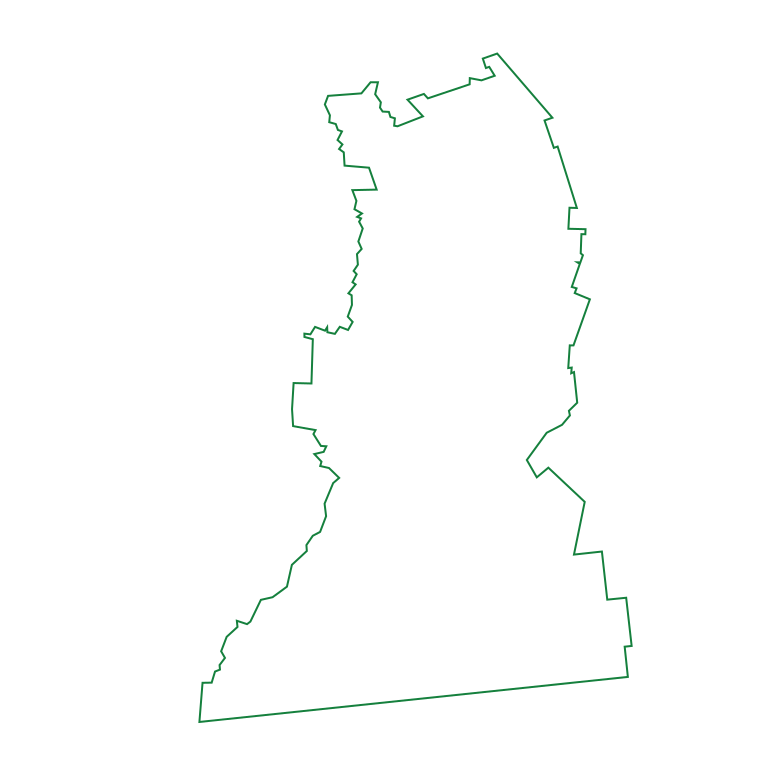 Brewarrina, New South Wales, Australia (Natural Earth projection), rotated 174°
{"feature_id": "25037944B28138275471855", "entity_name": "Brewarrina", "entity_type": "district", "adm_level": 2, "iso_a3": "AUS", "parent_name": "Australia", "parent_adm1": "New South Wales", "projection": "natural_earth1", "projection_center": [147.252, -29.95], "detail": "medium", "context": "isolated", "style": "outline", "palette": "green", "viewbox_px": 768, "rotation_deg": 174, "n_neighbors": 0, "source": "geoboundaries", "source_scale": "gbopen_adm2", "svg_char_len": 1962}
<svg xmlns="http://www.w3.org/2000/svg" viewBox="0 0 768 768"><g transform="rotate(174 384 384)"><path d="M376.1,675.4L409.5,676.4L413.6,668.2L409.7,656.9L411.1,650.1L404.8,647.6L403.3,641.5L399.4,639.6L404.7,631.5L400.3,626.6L404.1,622.4L399.8,618.6L400.4,605.3L376.3,600.7L371.0,578.1L395.2,580.1L392.3,569.0L395.1,560.9L388.1,555.9L393.2,553.0L389.5,551.1L391.8,548.0L388.9,540.9L394.6,528.4L392.1,520.7L397.3,516.0L397.5,505.4L402.4,499.6L399.7,496.0L404.7,488.5L401.8,486.0L409.9,477.9L406.9,475.6L407.6,466.0L413.0,454.8L408.7,449.0L414.1,441.5L422.0,445.5L427.6,439.0L434.9,441.4L434.6,446.4L437.1,443.2L446.6,448.0L452.0,441.1L457.9,442.4L458.2,439.1L450.1,436.0L456.1,392.1L473.8,394.4L478.1,368.5L478.8,351.6L456.9,345.3L459.4,341.6L453.2,329.0L447.9,328.1L451.1,322.8L460.6,321.6L454.3,313.3L456.0,309.1L447.5,306.2L438.4,295.3L444.9,290.8L455.6,271.2L455.4,258.6L463.0,243.6L470.7,240.5L478.0,231.9L478.2,226.0L494.5,213.8L501.7,192.6L517.1,183.6L529.0,182.2L541.7,161.7L545.3,159.5L555.1,163.9L555.1,157.7L566.9,149.0L573.9,135.2L570.8,128.2L576.9,121.7L577.0,117.1L582.1,115.7L586.6,105.0L595.7,105.8L602.9,67.2L172.1,67.2L172.1,97.6L165.1,97.6L165.5,146.1L184.5,146.2L184.8,194.6L212.9,194.5L196.7,245.8L229.3,283.6L241.8,275.2L249.9,293.5L227.3,318.5L211.2,324.8L202.4,333.3L202.9,338.0L193.8,345.2L193.8,376.0L196.7,375.1L195.6,380.7L199.1,380.6L195.2,403.0L191.5,402.6L170.4,446.7L184.8,454.5L182.5,459.0L187.1,460.9L176.7,483.0L179.0,484.8L176.0,484.4L172.7,491.3L174.7,493.4L172.0,512.4L168.1,511.9L167.4,516.9L184.4,519.1L181.1,539.9L173.8,538.9L186.5,602.0L190.4,601.1L196.8,629.3L188.7,631.2L236.9,700.8L251.7,697.3L249.6,687.6L246.2,688.4L241.7,679.0L255.3,675.8L266.7,679.2L267.5,673.1L310.5,663.5L314.0,668.3L330.9,664.3L317.3,646.1L343.6,638.9L346.9,639.8L345.4,647.1L349.7,648.9L350.7,654.1L356.9,655.1L359.1,659.3L357.7,664.5L362.5,673.1L358.5,684.7L365.8,685.5L376.1,675.4Z" fill="none" stroke="#15803d" stroke-width="2"/></g></svg>